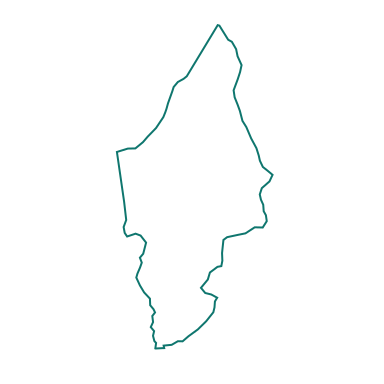 Apsiou, Limassol, Cyprus (Robinson projection), rotated 317°
{"feature_id": "46923920B22530470704850", "entity_name": "Apsiou", "entity_type": "district", "adm_level": 2, "iso_a3": "CYP", "parent_name": "Cyprus", "parent_adm1": "Limassol", "projection": "robinson", "projection_center": [33.025, 34.799], "detail": "fine", "context": "isolated", "style": "outline", "palette": "teal", "viewbox_px": 384, "rotation_deg": 317, "n_neighbors": 0, "source": "geoboundaries", "source_scale": "gbopen_adm2", "svg_char_len": 1436}
<svg xmlns="http://www.w3.org/2000/svg" viewBox="0 0 384 384"><g transform="rotate(317 192 192)"><path d="M164.4,111.5L135.8,152.7L124.8,167.6L118.1,171.0L114.9,176.0L114.2,180.3L122.3,184.0L124.7,188.8L123.9,197.7L114.2,203.9L109.1,204.5L107.1,209.4L102.5,211.8L96.4,214.5L92.9,216.6L90.2,224.8L88.5,232.8L88.5,241.3L84.2,246.3L83.9,251.5L82.8,254.9L78.4,255.6L74.8,260.6L69.7,262.7L69.4,267.9L65.4,270.6L62.8,275.4L62.8,277.9L58.5,281.4L58.6,281.6L63.5,285.7L65.2,287.2L66.5,285.0L72.9,289.9L79.9,291.5L83.3,294.8L91.1,295.1L102.6,296.5L105.9,296.4L114.2,296.2L125.6,294.5L129.8,291.7L134.1,287.7L136.4,287.0L138.3,286.5L136.2,280.1L132.8,274.9L133.2,268.2L143.9,266.8L150.2,263.1L159.6,264.1L162.9,266.2L167.3,263.0L172.3,257.2L175.6,254.3L182.3,248.5L186.9,249.0L196.4,254.7L202.9,258.7L213.8,260.6L219.5,266.2L225.7,264.6L226.8,264.3L230.2,259.4L231.3,255.0L235.4,249.9L237.2,244.6L239.9,240.0L245.7,236.8L255.9,237.1L262.6,234.4L261.8,228.0L260.9,222.0L263.0,215.4L265.7,210.8L269.0,203.9L271.8,193.2L276.0,181.6L277.4,174.4L282.3,165.4L284.9,159.3L287.8,151.8L291.8,146.0L302.4,140.7L308.9,137.1L314.8,133.0L317.9,123.8L321.7,117.6L323.6,109.3L322.3,105.3L325.5,89.0L324.6,87.5L267.1,103.8L263.0,103.5L256.7,101.9L250.2,102.7L246.3,104.9L240.3,108.0L234.9,110.8L230.0,113.8L226.8,115.5L222.1,117.7L209.3,120.7L197.4,121.3L190.2,122.1L180.3,121.5L174.7,116.5L164.4,111.5Z" fill="none" stroke="#0f766e" stroke-width="2"/></g></svg>